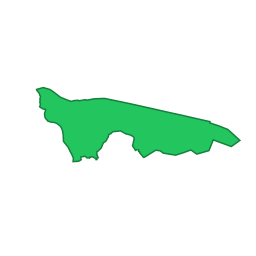 outline of Asa, Kwara, Nigeria, rotated 128°
{"feature_id": "59680162B59525703418999", "entity_name": "Asa", "entity_type": "district", "adm_level": 2, "iso_a3": "NGA", "parent_name": "Nigeria", "parent_adm1": "Kwara", "projection": "albers", "projection_center": [4.518, 8.446], "detail": "fine", "context": "isolated", "style": "filled", "palette": "green", "viewbox_px": 256, "rotation_deg": 128, "n_neighbors": 0, "source": "geoboundaries", "source_scale": "gbopen_adm2", "svg_char_len": 2612}
<svg xmlns="http://www.w3.org/2000/svg" viewBox="0 0 256 256"><g transform="rotate(128 128 128)"><path d="M182.2,158.9L183.2,156.5L184.9,153.3L185.4,152.5L188.3,150.6L185.1,146.9L183.7,146.0L181.9,145.4L181.9,145.5L181.6,145.9L181.5,146.1L181.2,146.2L180.6,146.7L179.9,147.3L179.7,147.1L178.4,146.0L177.6,145.2L177.0,144.8L176.9,144.6L176.7,144.1L176.7,142.7L176.8,142.0L176.3,141.2L175.4,140.1L174.9,140.1L175.1,139.8L174.7,139.7L174.2,139.5L173.4,139.1L173.2,139.0L172.7,138.4L172.4,137.8L172.4,137.5L172.2,136.4L172.0,134.7L172.1,134.4L172.3,134.1L172.6,133.7L172.4,133.5L172.3,133.4L172.0,133.1L171.9,133.2L171.7,133.3L171.3,133.6L170.8,133.7L170.7,133.7L170.3,133.5L170.1,133.4L169.9,133.3L169.9,134.0L169.5,134.2L169.4,134.1L169.3,134.3L168.8,134.8L168.5,135.3L168.4,135.9L168.3,136.3L167.9,136.4L167.9,136.5L167.6,136.6L167.2,136.9L166.8,137.2L166.5,137.4L166.0,137.8L164.3,137.3L160.3,136.8L159.2,137.1L158.1,137.3L156.8,137.8L154.8,138.3L153.4,137.7L151.9,137.4L150.2,137.5L149.3,137.9L147.5,138.0L144.8,139.1L143.0,138.0L140.4,137.8L134.9,132.1L133.9,126.0L132.2,122.2L131.5,118.7L132.4,116.7L136.7,114.6L139.3,113.4L140.1,110.9L140.4,110.0L140.8,108.8L141.1,108.4L139.4,107.4L139.0,106.9L138.7,106.5L138.8,106.2L138.9,105.9L139.0,105.7L139.5,105.5L139.8,105.3L140.0,105.2L139.9,104.8L139.5,104.8L139.5,104.5L139.8,103.9L140.4,103.3L140.8,101.2L141.1,99.8L141.5,98.2L141.4,97.3L140.7,97.1L139.9,96.7L128.5,92.5L126.2,88.7L126.1,84.8L123.0,79.0L120.0,73.7L113.3,69.1L106.6,64.9L106.2,57.7L96.0,50.3L84.9,53.5L79.0,35.2L68.9,32.2L67.9,45.3L67.7,48.5L70.4,57.6L71.7,61.3L72.8,64.4L73.6,66.8L72.5,67.3L78.3,79.5L85.4,94.7L87.8,99.6L92.6,109.7L98.4,122.0L108.0,142.2L109.5,145.2L110.9,148.1L118.0,162.4L119.2,164.8L121.9,168.0L125.9,172.7L131.7,177.8L131.7,178.6L132.5,179.6L134.7,181.5L135.9,182.7L136.5,183.0L136.9,184.1L137.0,184.6L139.7,187.5L141.9,189.0L142.7,191.0L144.3,196.3L145.4,200.4L145.4,204.7L145.4,205.4L145.4,209.0L145.6,211.7L145.7,213.2L148.0,218.9L148.3,219.7L153.9,223.8L154.2,223.3L154.5,222.9L155.0,220.8L155.3,219.4L155.8,218.5L156.3,218.1L156.6,217.3L157.0,216.5L157.5,216.1L158.3,215.7L159.5,215.3L159.7,214.6L161.6,213.6L162.4,212.9L162.6,212.2L163.7,211.5L164.4,211.0L165.6,210.8L165.8,209.5L165.3,208.2L165.5,207.5L165.4,206.9L164.6,205.3L164.1,204.8L164.4,204.0L167.0,203.1L168.5,202.3L170.4,200.3L171.1,199.2L171.9,195.3L171.0,192.9L170.7,192.1L169.6,190.6L168.6,188.4L168.2,186.6L168.2,184.1L168.2,182.7L168.6,181.3L170.1,178.4L172.8,175.3L177.1,171.6L178.2,170.7L178.7,168.8L179.6,165.0L179.9,163.6L182.2,158.9Z" fill="#22c55e" stroke="#15803d" stroke-width="1.5"/></g></svg>